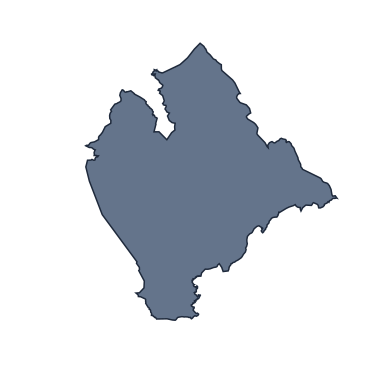 Hohoe Municipal, Volta, Ghana, rotated 308°
{"feature_id": "2480657B20464126159243", "entity_name": "Hohoe Municipal", "entity_type": "district", "adm_level": 2, "iso_a3": "GHA", "parent_name": "Ghana", "parent_adm1": "Volta", "projection": "orthographic", "projection_center": [0.486, 7.154], "detail": "fine", "context": "isolated", "style": "filled", "palette": "slate", "viewbox_px": 384, "rotation_deg": 308, "n_neighbors": 0, "source": "geoboundaries", "source_scale": "gbopen_adm2", "svg_char_len": 6017}
<svg xmlns="http://www.w3.org/2000/svg" viewBox="0 0 384 384"><g transform="rotate(308 192 192)"><path d="M190.1,83.4L183.4,84.8L182.7,84.6L180.7,84.8L179.6,84.4L177.8,84.6L175.8,86.1L171.5,84.3L168.7,81.9L167.5,81.6L165.2,81.7L163.8,80.1L163.0,79.8L163.8,83.6L165.0,85.3L165.3,86.5L165.1,87.9L165.6,89.8L165.0,89.8L162.6,90.7L161.7,91.8L160.5,92.4L161.8,93.9L162.4,95.5L162.8,95.9L161.6,96.0L160.5,94.9L158.7,95.0L157.7,95.8L157.1,95.6L156.5,95.0L156.1,93.1L154.9,92.7L152.7,90.1L146.4,92.9L137.4,104.4L118.9,135.2L103.1,191.6L101.6,192.2L100.2,196.9L98.5,198.4L97.3,198.4L92.5,209.2L86.9,213.2L80.2,212.6L77.9,210.1L77.8,212.5L77.5,213.2L76.6,214.1L77.8,216.0L78.9,220.7L78.8,221.6L77.2,222.8L76.9,223.4L75.8,224.0L74.0,228.8L74.2,229.8L74.0,230.2L73.2,230.6L73.5,231.7L73.3,232.1L71.9,233.5L71.7,234.4L71.2,235.1L69.8,236.0L70.6,237.1L70.2,238.1L70.4,238.8L70.2,240.0L70.7,240.4L70.1,242.3L76.7,250.4L79.1,255.4L80.6,257.7L81.6,258.0L84.2,257.9L85.4,258.8L87.5,260.7L88.4,262.1L88.6,262.7L89.6,263.7L90.9,265.6L91.3,267.0L92.2,267.8L91.7,269.3L91.8,269.7L93.1,270.0L94.7,270.0L96.1,270.4L96.4,270.6L96.7,271.8L98.2,272.6L99.2,272.6L99.8,272.4L99.9,270.9L99.1,270.3L98.9,269.5L99.5,265.8L100.5,265.1L100.9,265.0L101.3,265.3L102.4,264.8L102.6,264.3L101.9,263.4L101.9,261.5L102.6,261.5L102.8,261.1L103.1,261.4L104.1,261.5L104.7,261.2L105.2,261.8L105.4,261.4L105.8,261.8L106.6,261.8L107.4,261.2L107.4,261.8L107.7,261.4L108.2,261.9L108.3,261.3L108.8,261.4L109.0,261.8L109.9,261.6L110.1,261.8L109.6,261.8L109.7,262.1L110.4,262.2L111.5,261.8L111.3,262.3L111.5,262.6L112.4,262.8L115.8,262.1L115.8,261.9L115.1,261.9L115.3,261.2L114.9,260.4L114.1,261.1L113.2,260.5L113.0,260.2L113.5,258.6L113.3,257.9L113.4,256.9L113.5,256.6L114.2,256.4L114.2,255.9L114.6,256.1L115.0,256.0L115.3,256.6L116.1,256.8L116.8,256.1L117.8,255.6L117.8,255.3L118.0,255.1L119.4,255.6L120.8,254.7L121.0,253.7L119.8,254.0L119.3,253.9L119.2,253.4L119.6,253.1L118.8,252.0L119.1,250.9L119.5,250.5L120.4,250.8L120.2,250.2L121.1,247.5L121.5,247.5L122.4,246.5L122.9,247.1L124.0,246.4L124.2,246.8L124.5,246.5L124.8,247.1L125.5,247.5L126.3,247.6L126.9,247.2L127.2,247.3L127.1,247.8L127.3,247.9L127.9,247.5L128.7,247.8L128.8,248.4L129.2,248.7L129.7,248.5L129.8,249.1L130.4,249.3L130.3,249.8L131.2,250.8L134.1,249.4L139.3,249.9L141.0,252.1L142.7,253.6L145.8,255.5L147.7,257.2L148.7,257.6L150.3,257.2L152.3,257.6L150.9,261.8L148.5,265.5L152.1,269.1L154.0,268.5L155.1,267.8L156.3,267.4L158.6,267.4L159.6,266.9L160.3,267.6L161.6,267.7L163.1,268.8L164.8,269.2L166.6,270.1L170.2,271.2L171.8,271.3L174.6,270.9L177.6,271.0L179.9,270.1L180.9,268.7L182.8,268.5L185.3,267.4L186.5,266.0L188.1,264.6L191.2,263.0L194.4,263.2L196.3,264.1L197.2,264.3L201.2,263.6L204.8,264.3L206.6,265.5L206.9,269.2L206.6,268.9L206.2,269.3L206.1,270.2L204.0,270.5L203.5,271.7L203.4,272.8L204.9,273.0L206.1,272.6L207.7,273.0L208.7,272.4L210.0,272.5L211.1,272.2L212.4,271.4L214.4,271.7L215.1,271.6L216.6,270.8L218.7,271.0L219.9,270.8L221.5,271.3L223.1,272.7L224.5,274.3L226.5,274.2L226.9,273.8L228.4,273.6L229.5,272.8L230.1,273.7L237.2,276.4L240.0,277.8L243.7,280.3L245.6,281.1L245.0,282.8L245.1,284.5L245.9,286.2L246.4,286.8L245.0,288.1L244.1,289.6L247.7,288.9L251.5,289.7L252.0,290.1L254.9,294.3L255.9,294.4L257.4,294.1L258.4,294.3L259.4,298.1L259.2,299.6L257.5,301.6L258.4,302.9L260.9,304.3L262.9,304.5L263.8,303.9L266.8,305.3L268.1,305.1L268.5,305.5L268.3,306.2L270.0,305.8L271.5,306.8L273.1,306.8L273.8,307.1L275.1,308.7L276.2,309.5L276.4,310.0L277.2,307.2L275.4,305.4L275.6,304.8L276.2,303.7L279.6,300.0L281.5,296.4L282.2,293.7L282.0,292.7L280.9,289.9L280.8,288.5L282.0,285.4L282.0,284.5L277.9,265.1L278.4,264.3L278.9,262.1L280.3,261.0L280.9,260.2L282.9,255.8L284.3,254.3L287.6,247.9L288.9,246.0L289.4,245.0L289.9,242.0L291.1,240.3L291.5,237.7L290.9,236.7L289.2,235.9L289.4,235.2L290.6,234.6L291.0,233.5L289.7,230.8L289.3,229.3L288.0,228.7L285.9,228.7L284.4,227.8L281.8,227.1L281.3,226.5L281.1,225.8L281.0,224.1L280.4,223.6L278.5,222.7L275.4,222.9L273.8,224.7L274.0,223.2L275.8,219.2L277.3,209.0L277.7,207.7L278.2,207.0L283.1,204.5L284.0,202.0L284.5,200.5L284.7,197.9L283.8,191.1L284.4,189.1L284.7,188.6L285.5,188.3L288.7,188.9L290.4,189.6L293.2,185.9L294.1,181.2L292.2,175.4L292.1,174.4L293.4,169.6L294.4,168.6L296.4,168.1L298.2,168.3L299.3,169.4L300.0,167.4L304.3,158.7L305.3,154.9L306.1,140.7L307.2,139.3L310.4,136.7L310.1,134.7L310.1,131.2L310.7,129.5L310.0,126.9L311.2,121.9L311.4,117.7L313.2,114.8L313.1,114.3L314.1,111.6L314.2,106.8L306.1,105.9L294.9,105.9L285.0,104.1L268.1,95.7L267.4,95.1L266.1,92.0L266.4,91.5L266.3,90.4L265.3,89.3L265.4,89.2L266.5,89.3L266.7,89.0L265.9,88.8L265.2,86.9L264.4,87.7L262.6,87.4L261.3,87.9L260.0,87.5L259.6,88.1L260.1,89.2L260.0,90.0L260.7,90.2L261.6,89.5L262.4,90.4L260.7,91.0L260.1,92.1L259.4,92.8L259.5,94.8L259.3,95.7L259.7,96.3L259.0,98.3L258.6,98.6L258.3,99.5L258.2,101.7L258.4,102.2L258.2,102.5L258.2,103.3L256.6,103.9L255.2,104.0L252.5,102.4L251.3,102.8L252.2,104.2L251.3,103.6L252.0,104.6L251.4,105.3L249.9,105.6L249.9,109.5L246.8,114.0L244.7,114.5L243.7,114.4L243.6,115.0L243.1,115.7L243.3,116.6L244.2,118.1L243.5,119.0L242.1,119.4L241.5,119.3L240.7,119.8L240.3,121.4L239.6,122.9L240.3,125.6L236.8,125.9L234.4,130.1L234.4,133.6L235.8,136.4L232.6,138.2L230.3,140.4L226.2,139.4L217.7,140.0L219.1,128.9L216.0,125.0L223.3,121.8L223.4,121.3L228.7,119.1L228.7,118.1L228.3,117.5L228.4,116.5L228.6,116.0L229.1,115.5L229.2,114.6L228.6,114.3L229.0,114.0L228.6,113.6L229.0,112.8L229.7,112.8L231.3,112.1L231.5,110.9L232.2,110.3L232.5,107.9L232.2,107.4L232.7,106.3L232.7,104.5L233.2,103.8L233.0,102.6L233.4,101.2L234.0,100.6L234.4,100.6L235.0,100.3L234.9,98.9L235.3,97.7L234.8,92.4L233.7,86.3L234.0,86.0L234.1,81.5L231.3,79.5L231.0,78.9L229.9,78.5L229.5,77.5L229.9,75.1L229.7,74.3L229.2,74.0L228.1,74.3L226.3,74.4L223.7,75.6L222.0,78.5L220.2,79.9L218.3,79.6L216.7,78.7L215.6,78.4L213.7,77.1L206.7,77.3L206.0,78.9L204.5,78.9L203.0,79.3L201.4,80.1L199.3,82.0L198.5,84.0L196.1,85.7L190.1,83.4Z" fill="#64748b" stroke="#1e293b" stroke-width="1.5"/></g></svg>